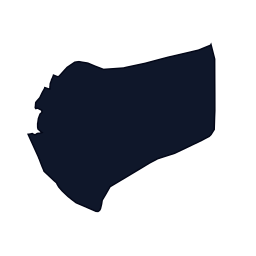 outline of Nihm, Sana'a, Yemen, rotated 78°
{"feature_id": "15242507B22089768415727", "entity_name": "Nihm", "entity_type": "district", "adm_level": 2, "iso_a3": "YEM", "parent_name": "Yemen", "parent_adm1": "Sana'a", "projection": "mercator", "projection_center": [44.482, 15.752], "detail": "fine", "context": "isolated", "style": "filled", "palette": "ink", "viewbox_px": 256, "rotation_deg": 78, "n_neighbors": 0, "source": "geoboundaries", "source_scale": "gbopen_adm2", "svg_char_len": 2382}
<svg xmlns="http://www.w3.org/2000/svg" viewBox="0 0 256 256"><g transform="rotate(78 128 128)"><path d="M71.2,201.0L71.9,201.3L73.3,202.5L75.3,204.3L76.7,205.4L77.0,205.6L78.0,206.4L79.6,207.6L80.0,207.9L80.9,209.1L81.1,209.4L81.7,210.2L82.6,211.4L83.0,212.0L84.0,213.0L84.4,213.1L85.0,213.3L85.9,213.6L86.5,213.7L86.7,213.8L88.8,214.5L89.8,214.2L89.8,213.3L89.8,213.2L89.8,212.2L92.8,208.6L93.7,208.8L94.9,208.9L95.9,210.9L96.0,211.0L97.8,212.2L100.2,213.7L104.1,215.1L105.0,215.5L108.5,216.2L110.3,216.2L114.5,213.1L114.5,213.7L114.8,215.0L114.8,215.9L114.6,216.5L114.5,217.3L114.5,217.8L114.7,218.5L115.0,219.1L115.2,219.6L115.2,219.9L115.1,220.8L114.6,221.7L114.1,222.2L113.6,222.6L113.5,223.6L113.6,224.9L113.4,227.0L137.4,221.7L139.4,221.4L139.6,221.3L140.2,221.2L144.1,220.6L146.5,220.2L147.3,220.1L151.3,219.3L152.9,219.1L164.2,211.2L166.7,209.3L167.0,209.2L168.1,209.0L169.9,208.4L171.2,208.0L175.9,205.4L182.6,200.8L186.6,197.5L190.3,194.3L199.0,182.0L202.8,176.7L203.4,174.7L203.1,174.0L202.7,173.0L201.2,171.7L196.8,169.6L193.3,168.3L188.1,163.5L181.7,157.8L171.0,126.5L169.1,121.0L166.8,114.5L164.2,105.4L163.5,98.6L162.4,87.6L158.0,69.3L157.9,68.9L155.4,58.5L154.2,54.4L153.1,50.4L151.7,48.2L148.6,45.2L147.4,44.0L134.7,40.9L129.2,39.5L113.1,36.1L98.2,33.0L78.6,28.9L63.6,29.5L64.2,30.0L65.0,34.6L66.5,42.9L67.1,73.7L67.1,73.8L67.5,82.3L67.6,84.3L68.3,97.8L68.3,105.9L68.3,117.3L68.4,120.2L68.2,121.3L65.7,139.1L65.6,139.7L65.6,139.8L62.4,144.7L60.4,147.8L60.1,148.2L56.2,153.8L55.8,154.8L55.4,155.8L54.0,159.5L53.8,159.9L52.9,162.2L52.7,164.4L52.7,164.5L52.6,166.4L56.0,174.8L56.1,175.0L57.0,176.2L57.8,177.4L63.2,184.8L63.2,186.3L61.5,188.8L60.8,189.9L61.0,190.0L61.4,190.2L61.7,190.4L62.0,190.6L62.6,191.0L62.9,191.2L63.1,191.3L63.3,191.4L63.5,191.6L63.8,191.9L63.9,192.0L64.1,192.1L64.4,192.3L64.6,192.5L64.8,192.7L65.0,192.8L65.3,192.9L65.7,193.1L65.9,193.2L66.2,193.4L66.5,193.6L66.8,193.8L67.1,194.0L67.5,194.2L67.7,194.4L68.1,194.6L68.4,194.8L68.7,194.9L69.0,195.0L69.3,195.1L69.6,195.1L69.9,195.2L70.1,195.3L70.4,195.4L70.7,195.5L71.1,195.7L71.5,195.7L71.7,195.8L72.1,195.9L72.4,196.0L72.7,196.1L73.0,196.2L73.3,196.2L73.6,196.3L73.7,196.5L73.6,196.8L73.4,197.1L73.3,197.4L73.1,197.7L73.0,198.0L72.8,198.4L72.6,198.7L72.4,198.9L72.3,199.2L72.1,199.5L71.8,199.9L71.6,200.2L71.3,200.8L71.2,201.0Z" fill="#0f172a" stroke="#020617" stroke-width="1.5"/></g></svg>